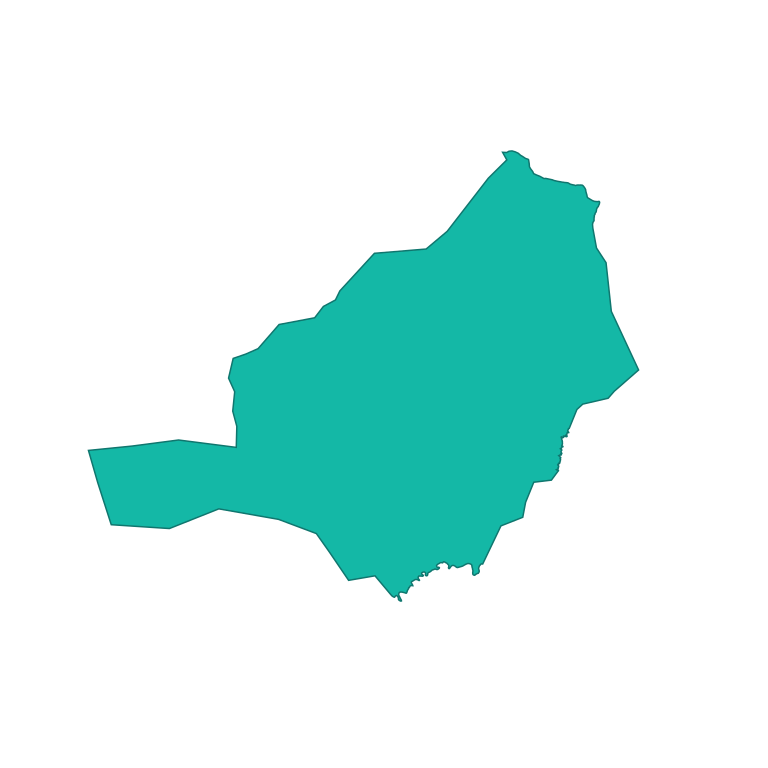 the district of Baruunbu'ren, Selenge, Mongolia, rotated 38°
{"feature_id": "93677404B37316028953404", "entity_name": "Baruunbu'ren", "entity_type": "district", "adm_level": 2, "iso_a3": "MNG", "parent_name": "Mongolia", "parent_adm1": "Selenge", "projection": "robinson", "projection_center": [105.041, 49.277], "detail": "fine", "context": "isolated", "style": "filled", "palette": "teal", "viewbox_px": 768, "rotation_deg": 38, "n_neighbors": 0, "source": "geoboundaries", "source_scale": "gbopen_adm2", "svg_char_len": 5978}
<svg xmlns="http://www.w3.org/2000/svg" viewBox="0 0 768 768"><g transform="rotate(38 384 384)"><path d="M441.0,107.7L439.9,108.9L437.9,110.2L436.9,110.7L435.0,111.2L430.0,111.8L429.2,111.6L428.5,111.1L427.7,110.3L426.6,109.5L425.2,108.5L424.0,107.5L423.1,106.6L421.5,105.9L419.8,105.4L418.7,105.2L418.0,105.2L416.6,106.0L415.2,107.2L414.7,107.5L414.4,107.7L413.4,108.7L413.1,109.2L412.6,109.8L411.7,110.0L410.3,110.7L407.9,111.8L405.8,112.1L405.2,112.2L404.5,112.6L403.9,112.9L402.3,114.0L401.3,114.5L400.2,115.2L398.2,116.2L396.0,117.4L392.8,118.9L390.8,119.5L384.9,122.4L383.6,123.6L378.8,124.4L375.5,125.4L372.4,126.1L370.3,125.0L367.2,124.2L364.9,123.3L362.8,121.0L359.9,118.3L359.2,118.2L356.7,119.1L352.9,119.4L350.8,119.7L347.8,119.5L344.4,120.3L341.4,121.5L339.2,123.6L338.2,126.0L334.8,128.4L342.8,131.8L339.5,157.6L339.8,224.8L334.1,251.7L296.0,286.9L291.9,337.8L294.0,347.7L288.5,360.2L288.6,374.5L264.7,401.7L263.0,433.7L256.6,445.6L249.4,456.7L257.9,475.1L271.1,482.0L281.5,498.5L294.1,508.0L306.6,524.9L256.6,554.6L223.8,587.9L192.0,618.3L219.2,638.0L255.7,662.8L303.9,630.0L330.7,584.1L384.2,555.6L422.8,543.5L444.3,550.0L477.0,560.5L495.0,540.7L519.1,545.8L520.9,546.1L522.1,546.0L523.1,545.8L523.6,545.5L523.6,545.0L523.5,544.0L523.7,543.5L524.2,542.9L525.4,543.0L526.3,543.3L527.1,543.8L527.5,544.3L528.1,544.9L528.8,545.1L529.6,545.1L531.0,544.7L531.3,544.2L530.8,543.7L528.9,542.9L527.0,541.9L526.0,541.5L525.2,540.9L524.6,539.8L524.5,539.1L524.6,538.4L525.2,537.7L526.3,536.9L528.7,535.8L529.9,535.4L530.3,535.2L530.4,534.9L530.4,534.4L529.6,532.3L529.4,531.0L529.4,530.1L529.3,529.8L529.0,529.6L528.9,529.3L529.0,528.8L529.2,528.4L529.0,527.4L529.0,526.9L529.2,526.4L529.8,525.9L530.6,525.4L530.9,525.2L530.5,524.9L528.2,523.9L527.6,523.5L527.4,523.0L527.5,522.5L527.9,521.8L528.9,519.0L529.5,518.4L530.1,518.0L531.0,517.6L532.6,517.3L532.8,517.1L532.8,516.8L532.4,516.6L530.8,516.2L530.1,515.6L529.8,515.0L529.6,514.3L529.7,513.9L531.5,512.5L532.4,512.0L532.8,511.6L533.0,511.0L532.8,510.6L532.5,510.5L531.5,510.6L531.0,510.6L530.5,510.3L530.2,510.0L530.1,509.6L530.2,509.0L530.5,508.4L531.0,507.7L531.6,507.3L532.2,507.2L533.0,507.3L533.5,507.8L533.9,508.7L534.3,509.1L534.6,509.2L535.0,509.2L535.5,509.0L535.9,508.7L536.0,508.1L535.9,507.4L535.2,506.6L535.1,506.3L535.1,505.6L535.3,504.8L535.8,504.0L536.2,502.8L536.5,501.0L536.8,500.4L537.3,499.9L538.0,498.5L538.5,498.2L539.7,497.8L540.5,497.1L540.7,496.4L541.0,495.3L540.8,494.7L540.7,494.6L540.4,494.6L539.9,494.7L539.3,495.4L539.0,495.6L538.5,495.6L538.2,495.5L537.8,495.2L537.2,494.7L537.1,494.3L537.3,493.3L537.6,492.1L538.0,491.5L538.3,490.4L538.6,489.9L539.1,489.5L540.2,488.9L540.3,488.8L540.3,487.9L540.3,487.5L540.6,487.3L540.9,487.1L541.5,486.9L542.5,486.8L543.9,486.5L544.3,486.5L544.8,486.7L545.8,486.8L546.6,487.0L547.4,487.9L547.7,488.7L548.0,489.2L548.3,489.4L548.6,489.5L548.9,489.4L549.2,489.1L549.1,486.2L549.3,485.4L549.7,484.8L550.6,484.1L551.7,483.8L553.8,483.8L554.6,483.6L555.1,483.2L556.2,481.7L557.1,480.5L558.1,479.0L558.8,477.2L559.6,475.4L560.3,474.2L561.0,473.5L562.1,472.9L563.4,472.5L564.3,472.6L565.0,472.9L565.9,473.9L567.3,474.9L568.0,475.6L569.0,476.3L569.5,477.1L570.2,478.3L571.3,479.3L572.0,479.4L572.6,479.2L573.2,478.9L573.4,478.3L573.5,477.5L573.9,476.6L574.3,475.7L574.8,475.1L574.7,473.8L574.5,473.2L573.8,472.4L572.8,471.7L572.1,471.1L571.8,470.6L571.4,469.3L571.2,468.8L571.2,468.1L571.3,466.6L571.4,465.9L571.9,465.5L572.6,465.1L563.5,423.8L575.4,403.6L568.4,390.0L562.5,369.2L575.1,356.7L574.8,345.5L574.9,345.0L574.8,344.8L574.5,344.6L574.3,344.6L574.0,344.7L573.0,345.4L572.6,345.4L573.0,344.6L573.2,344.3L573.3,343.7L573.2,343.4L573.2,343.1L573.0,342.9L572.6,342.7L572.5,342.3L572.7,341.8L572.7,341.7L571.7,340.8L571.6,340.7L571.4,340.8L571.2,340.9L570.7,340.8L570.6,340.7L570.6,340.4L571.0,339.9L570.5,339.4L570.5,339.2L571.1,338.6L571.2,338.4L570.6,337.9L570.8,337.6L570.8,337.1L570.5,336.9L570.3,336.6L570.3,336.0L570.2,335.9L569.8,335.3L569.6,334.8L569.4,334.6L568.9,334.5L568.6,334.3L568.7,333.3L568.6,333.2L568.4,333.1L568.1,333.0L567.4,333.1L566.7,332.8L566.2,332.9L565.8,332.9L565.9,332.6L566.3,332.1L566.3,331.9L566.3,331.7L566.4,331.4L567.1,331.2L567.3,330.9L567.3,330.5L567.2,330.3L567.0,330.1L566.3,329.9L566.6,329.3L566.7,329.1L565.6,328.7L565.2,328.4L565.1,328.2L564.9,327.6L564.9,326.9L564.8,326.6L564.5,326.4L564.2,326.4L563.3,326.5L562.8,326.5L562.7,326.4L562.8,326.2L563.3,325.6L563.4,325.4L563.3,325.2L563.0,324.7L562.9,324.5L563.0,324.2L563.6,323.5L563.6,323.3L563.5,323.1L563.3,323.0L563.0,323.1L562.5,323.4L562.3,323.4L562.1,323.3L562.0,323.2L561.9,322.3L561.6,321.9L561.5,321.3L560.9,320.7L560.7,320.4L560.5,320.2L560.1,319.6L559.5,319.3L559.3,318.9L558.7,318.5L558.3,318.4L557.9,318.0L557.7,317.7L556.7,317.1L556.5,316.9L556.3,316.7L556.4,316.4L556.5,316.3L557.0,316.6L557.5,316.6L557.8,316.5L558.0,316.2L558.2,315.6L558.3,315.4L558.3,315.2L558.1,315.1L557.6,314.9L557.5,314.6L558.2,314.4L558.4,314.2L558.5,313.9L558.6,313.6L559.6,313.5L560.0,313.4L560.3,313.1L560.4,312.9L560.5,312.7L560.4,312.4L560.0,312.4L559.8,312.4L559.4,312.8L559.2,312.9L559.1,313.0L558.9,312.9L558.7,312.8L558.7,312.5L558.9,312.2L559.5,311.7L559.0,311.1L558.7,310.3L558.4,309.9L558.4,309.6L558.6,309.4L559.3,308.8L559.5,308.6L559.4,308.4L558.9,308.2L557.9,308.2L557.6,307.9L557.3,307.3L557.4,306.8L557.3,306.5L557.0,306.1L556.9,305.9L556.9,305.6L556.9,305.4L557.3,305.0L551.7,285.3L553.0,277.5L569.4,257.2L569.9,248.0L576.0,216.2L518.4,186.8L484.3,151.7L467.7,146.0L452.6,132.6L450.1,129.9L449.5,128.7L449.3,128.6L449.2,128.2L449.0,126.3L448.9,125.9L448.6,125.5L448.4,125.4L448.0,124.7L447.3,123.9L447.1,123.6L446.9,123.1L446.9,122.8L446.2,122.2L446.0,121.8L445.9,121.3L445.9,120.6L445.5,120.0L445.3,119.6L445.2,117.8L444.7,116.8L444.4,116.2L444.1,115.7L443.7,115.0L443.7,114.4L443.5,114.0L443.4,113.3L443.6,112.8L443.5,112.0L443.0,110.4L442.9,109.7L442.1,108.1L441.5,107.7L441.0,107.7Z" fill="#14b8a6" stroke="#0f766e" stroke-width="1.5"/></g></svg>